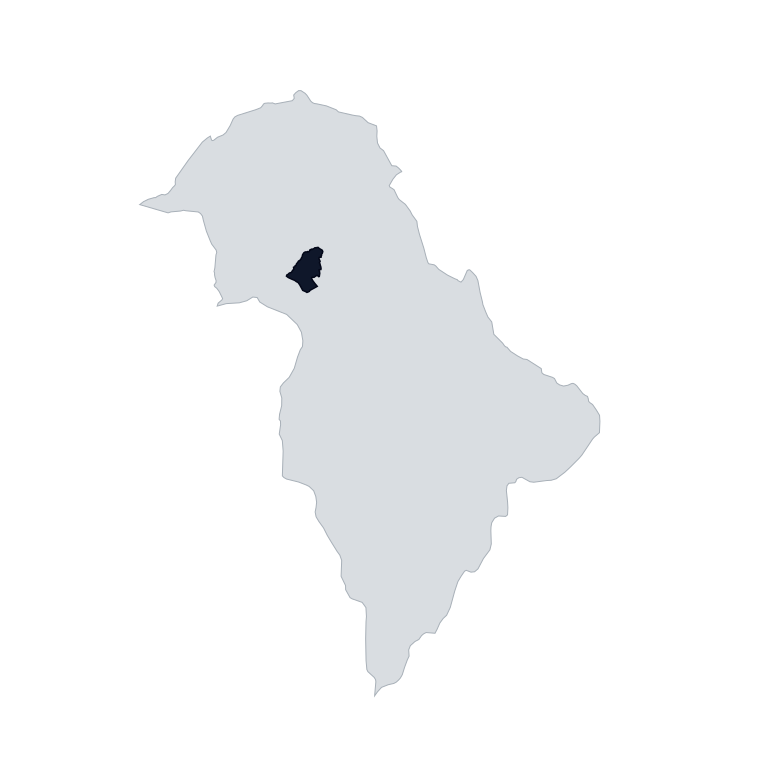 Bogangolo, Ombella-M'Poko, Central African Republic shown in context, rotated 79°
{"feature_id": "33826404B36599130273361", "entity_name": "Bogangolo", "entity_type": "district", "adm_level": 2, "iso_a3": "CAF", "parent_name": "Central African Republic", "parent_adm1": "Ombella-M'Poko", "projection": "albers", "projection_center": [18.123, 5.472], "detail": "fine", "context": "in_parent", "style": "filled", "palette": "ink", "viewbox_px": 768, "rotation_deg": 79, "n_neighbors": 0, "source": "geoboundaries", "source_scale": "gbopen_adm2", "svg_char_len": 5776}
<svg xmlns="http://www.w3.org/2000/svg" viewBox="0 0 768 768"><g transform="rotate(79 384 384)"><path d="M529.1,286.0L536.0,287.7L537.2,289.8L535.4,296.8L536.8,301.1L540.7,304.7L544.6,306.2L548.4,307.1L561.5,309.2L567.0,311.7L574.3,319.7L583.4,327.0L585.6,330.9L585.3,334.5L582.6,338.8L583.1,340.6L587.3,344.9L592.1,349.2L600.8,354.1L616.0,361.6L623.0,366.7L625.4,370.6L629.3,374.8L634.8,378.6L638.4,381.5L636.0,390.1L636.8,392.8L638.2,395.2L641.4,398.5L642.7,402.8L645.9,408.1L649.7,410.5L655.9,411.3L659.2,413.7L666.1,417.9L672.8,421.5L675.7,424.0L677.4,426.2L679.0,428.9L679.8,431.5L680.0,437.2L681.3,444.3L684.9,449.1L688.3,452.7L674.7,448.8L672.7,448.7L670.3,449.5L663.3,454.7L661.0,455.3L652.1,454.4L630.5,450.6L613.9,447.0L608.9,445.6L600.0,444.4L594.2,447.1L588.8,456.3L587.2,458.1L578.6,460.9L574.5,460.2L564.6,462.8L549.1,459.2L543.6,460.0L539.3,462.0L528.3,466.2L521.6,468.6L513.8,470.8L506.4,474.2L501.4,476.0L496.5,476.0L492.1,474.2L487.2,472.7L481.4,472.4L475.4,473.4L470.3,477.0L468.3,479.6L463.9,486.6L458.7,497.8L456.7,500.1L454.8,501.3L430.6,495.8L420.2,494.6L413.2,496.4L404.4,493.3L400.5,492.7L398.7,493.7L393.8,492.3L385.8,488.6L378.2,487.0L371.3,487.6L367.1,486.3L363.8,482.6L359.4,475.8L351.5,469.1L341.0,463.7L334.4,459.6L331.7,456.9L326.1,455.4L317.4,455.2L309.1,457.8L297.1,466.3L286.0,483.7L279.8,490.3L274.9,492.0L273.6,496.2L276.1,502.8L276.7,510.5L275.0,523.5L275.7,532.9L273.0,531.4L270.5,527.0L269.3,526.1L261.9,528.1L258.1,529.9L256.1,531.6L254.5,531.9L252.2,529.5L250.3,529.1L247.4,529.5L244.5,529.5L242.6,529.1L241.3,529.4L237.8,527.9L225.2,524.3L223.0,523.1L220.5,523.2L213.9,526.4L210.5,527.2L200.0,529.2L188.8,530.1L184.5,530.2L181.6,531.6L179.7,533.5L176.1,545.5L175.2,547.6L175.4,550.6L174.4,560.2L174.8,563.3L161.3,589.6L159.1,585.2L157.7,580.1L157.2,574.1L157.5,572.6L156.6,570.8L155.5,566.0L156.6,562.9L155.7,559.6L153.1,556.4L150.8,553.9L149.4,551.7L148.3,550.7L145.7,550.4L142.2,549.2L127.3,533.7L111.9,516.2L108.8,510.5L107.5,507.2L111.3,506.8L112.3,506.3L112.3,504.7L110.0,500.3L108.9,494.6L107.0,491.1L101.0,485.7L95.2,481.6L93.4,479.5L92.4,476.5L90.3,457.7L89.3,452.3L87.5,450.0L86.2,448.9L85.7,447.5L86.0,444.2L86.7,441.2L86.7,440.0L88.3,437.4L88.4,420.0L86.5,417.6L83.1,417.5L81.2,415.0L79.7,411.8L80.2,409.5L83.6,406.0L85.8,404.6L92.4,401.9L94.2,400.5L95.4,398.8L96.2,396.4L100.0,387.5L105.7,378.6L108.2,376.8L114.0,363.7L115.3,360.3L116.3,357.0L118.2,354.3L124.4,349.8L129.2,342.1L134.3,342.5L139.5,343.8L146.2,344.4L151.5,342.9L154.9,339.9L171.2,334.7L172.4,330.5L175.0,328.3L178.0,326.4L179.0,326.1L179.2,327.5L181.0,331.9L184.7,336.2L190.2,341.0L191.7,340.7L195.1,337.1L203.6,334.9L205.8,333.9L211.8,328.7L219.1,325.3L223.3,324.1L230.6,320.7L235.8,321.1L244.2,320.6L258.1,319.0L268.2,318.4L273.3,317.7L274.6,317.0L276.6,312.0L278.1,310.6L281.9,308.4L289.3,300.8L294.2,294.4L295.6,292.1L296.6,291.7L298.7,289.0L296.6,286.2L288.3,280.5L288.4,279.8L288.0,278.8L288.4,278.0L291.6,275.7L295.9,273.1L300.4,272.1L312.3,272.2L322.4,271.7L324.8,271.8L332.7,270.4L338.1,269.2L343.6,266.4L356.2,266.7L366.6,259.7L369.6,258.4L370.9,257.3L371.3,256.3L376.2,253.5L381.7,247.8L386.0,242.6L387.2,239.0L398.9,226.7L403.1,226.9L405.1,225.4L409.7,217.2L411.2,215.6L416.0,214.2L418.4,211.8L420.3,208.1L420.3,203.7L419.4,200.1L419.4,198.4L420.5,196.8L422.4,195.2L431.3,190.7L433.6,188.6L435.0,186.6L437.5,186.3L440.2,186.4L441.9,185.2L443.9,183.2L450.1,180.5L455.9,178.4L461.9,179.2L472.9,181.8L476.2,187.6L477.8,189.7L491.5,203.3L494.1,206.6L500.9,216.6L505.1,223.3L509.9,233.0L510.4,238.3L509.8,242.8L509.0,255.7L507.8,259.4L501.9,266.4L501.7,269.5L502.9,272.1L504.8,273.1L505.9,274.4L505.3,280.4L507.4,282.7L511.9,284.2L523.3,285.2L529.1,286.0Z" fill="#d9dde1" stroke="#a8b0b8" stroke-width="1"/><path d="M275.4,430.9L273.7,431.8L272.3,432.6L269.6,433.9L268.2,434.5L267.1,434.7L266.4,435.0L266.0,434.9L265.7,434.7L265.6,434.4L265.6,433.8L265.7,433.3L265.8,432.9L265.8,432.4L265.8,431.9L265.7,431.8L265.4,431.3L265.2,430.7L265.0,430.2L264.8,429.9L264.6,429.4L264.6,429.0L264.8,428.7L265.3,428.3L265.4,428.2L266.2,427.6L266.1,427.0L263.0,425.9L262.4,425.9L261.1,425.8L260.9,425.9L260.3,426.2L259.7,426.2L259.5,425.8L259.6,425.3L259.6,424.7L259.6,424.1L258.8,423.8L258.2,423.7L257.3,423.7L256.5,423.7L255.2,423.9L253.8,423.9L252.8,424.3L252.5,424.1L252.1,423.8L251.7,423.5L251.4,423.3L250.9,423.4L250.3,423.5L249.8,423.7L249.0,423.9L248.5,423.9L247.8,423.6L247.4,423.4L247.5,422.6L247.5,421.5L247.1,421.4L246.7,421.5L246.4,421.4L246.3,421.1L246.0,420.8L245.4,420.7L244.7,420.5L243.9,419.6L242.3,418.8L240.9,419.1L239.9,420.2L238.6,421.7L237.4,422.5L237.2,423.6L237.2,423.9L237.4,424.2L237.5,424.4L237.4,424.8L237.3,425.0L237.1,425.4L237.1,425.7L237.2,426.2L237.5,426.6L237.8,427.3L237.9,427.7L238.0,428.1L238.2,428.6L237.8,428.9L237.8,429.1L237.8,429.4L238.1,430.0L238.4,430.4L238.4,430.6L238.1,430.8L238.3,431.2L238.6,431.5L239.0,431.7L239.4,431.9L239.8,432.3L239.9,432.6L239.7,433.4L239.4,433.8L239.5,434.1L239.8,434.4L239.4,435.4L239.4,436.3L239.8,437.5L241.3,439.0L241.8,439.4L242.4,439.6L243.5,440.0L243.9,440.5L244.5,441.0L245.0,441.1L245.5,441.5L245.6,442.1L245.9,442.4L246.5,442.7L246.7,443.2L246.9,443.6L246.9,444.3L247.1,444.6L247.5,444.8L247.9,445.2L248.0,445.5L248.4,445.9L248.8,446.0L249.1,446.6L249.5,447.1L250.2,447.4L250.7,447.6L250.9,448.0L250.9,448.6L251.4,448.8L251.9,449.3L252.0,449.7L252.1,450.5L252.5,450.6L252.9,450.6L253.6,450.6L254.3,450.7L254.5,451.2L255.0,452.0L255.5,452.4L255.7,452.7L256.1,453.0L256.5,453.2L256.8,453.5L256.9,455.1L257.3,456.3L258.1,457.2L258.2,458.2L258.5,458.6L259.5,459.2L261.2,457.7L263.3,454.8L265.3,451.8L266.8,450.5L267.9,449.0L270.6,447.8L276.6,445.9L278.3,443.4L279.4,442.2L279.2,441.0L278.8,439.5L278.0,438.9L275.4,430.9Z" fill="#0f172a" stroke="#020617" stroke-width="1.5"/></g></svg>